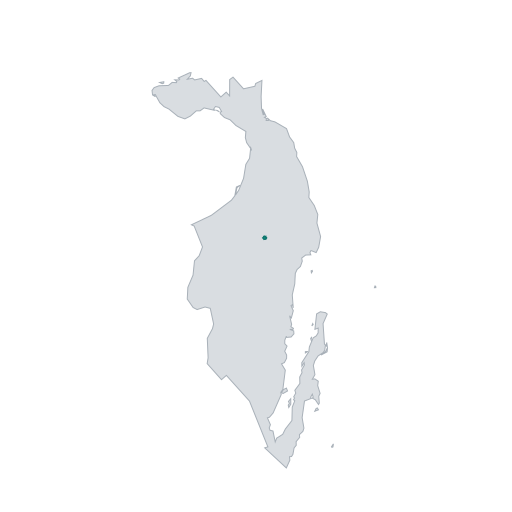 location of Villa González Ortega, Zacatecas, Mexico, rotated 228°
{"feature_id": "50627088B17706394506285", "entity_name": "Villa González Ortega", "entity_type": "district", "adm_level": 2, "iso_a3": "MEX", "parent_name": "Mexico", "parent_adm1": "Zacatecas", "projection": "mercator", "projection_center": [-101.992, 22.544], "detail": "fine", "context": "in_parent", "style": "filled", "palette": "teal", "viewbox_px": 512, "rotation_deg": 228, "n_neighbors": 0, "source": "geoboundaries", "source_scale": "gbopen_adm2", "svg_char_len": 4547}
<svg xmlns="http://www.w3.org/2000/svg" viewBox="0 0 512 512"><g transform="rotate(228 256 256)"><path d="M78.2,136.7L107.6,134.1L106.2,137.1L152.6,154.1L187.1,154.1L187.2,147.6L208.7,147.7L212.4,152.3L227.4,164.7L231.1,175.0L233.8,179.0L247.7,187.0L252.2,184.0L255.6,176.4L259.8,174.8L270.0,176.1L278.3,184.4L283.9,196.4L293.6,207.1L294.2,213.9L298.5,222.3L319.6,230.1L322.4,228.9L316.1,250.1L313.9,275.1L314.9,280.5L320.4,287.6L319.2,291.4L319.5,287.6L315.0,281.5L316.4,287.1L322.0,298.7L330.9,309.8L332.9,316.6L339.2,323.6L337.4,323.4L341.0,325.0L339.9,324.0L346.5,324.9L351.1,327.3L355.3,331.8L366.4,328.4L374.5,327.9L380.0,325.2L385.7,324.7L386.8,325.7L386.4,327.1L391.0,328.1L394.2,325.9L393.4,322.3L391.8,323.2L392.2,322.5L400.8,316.5L401.3,311.6L403.8,308.8L403.9,300.8L405.5,294.9L412.0,291.4L423.5,289.6L428.5,287.6L434.2,287.1L443.4,289.2L444.2,287.9L441.7,287.8L444.9,286.9L448.6,289.5L449.3,293.0L447.4,297.8L441.3,305.1L441.1,309.9L438.1,312.8L438.6,313.9L441.3,313.5L438.4,316.5L438.5,317.7L440.3,317.3L436.6,329.3L435.7,330.4L433.8,327.7L433.3,323.2L430.6,327.8L427.9,328.2L424.4,334.4L420.4,334.3L420.0,336.3L397.7,336.3L397.7,343.5L392.6,343.5L404.7,354.5L404.3,358.6L388.6,358.6L382.9,368.7L384.4,371.2L382.5,377.9L371.1,366.5L361.9,358.8L356.3,355.9L355.7,356.6L360.9,359.3L352.8,356.9L353.4,355.1L351.2,355.8L349.9,354.2L348.4,356.0L351.1,356.8L347.0,357.2L343.0,359.8L330.2,363.9L322.0,360.6L315.0,359.9L310.3,356.9L305.6,355.6L302.7,352.7L291.3,350.3L277.2,344.2L268.0,338.4L264.1,334.4L254.6,333.1L245.5,329.7L239.7,323.3L227.2,317.0L220.5,308.4L218.3,303.0L223.3,300.5L222.4,298.3L220.2,297.5L223.5,293.5L223.9,288.6L221.2,286.9L218.5,282.0L218.5,277.6L216.8,273.6L209.3,266.1L202.8,256.9L192.6,249.0L195.5,250.5L195.7,248.8L190.4,247.1L186.3,240.8L189.1,241.0L181.3,236.7L180.1,234.6L177.2,235.4L176.7,234.4L178.9,232.0L175.1,233.9L172.8,232.1L172.3,227.9L175.1,224.2L176.1,224.9L174.2,221.1L171.6,218.7L168.3,218.8L166.0,213.6L161.9,212.5L159.5,210.3L157.8,205.7L158.8,202.8L151.6,201.4L138.9,186.7L138.1,183.2L136.2,182.1L127.9,163.7L127.2,158.1L128.1,156.2L121.0,153.8L119.4,150.8L117.1,149.8L114.6,151.5L105.0,145.9L106.8,149.5L105.6,156.5L107.8,162.1L109.7,172.6L119.4,181.8L122.5,188.0L124.0,187.7L124.7,189.6L126.1,189.8L127.5,193.8L130.2,195.0L131.9,203.3L136.8,207.5L138.5,212.1L140.8,213.6L142.6,219.1L144.5,220.4L143.4,216.3L146.1,218.7L149.5,231.2L152.7,234.8L156.9,243.7L156.3,247.4L157.3,250.7L160.8,254.0L162.1,250.7L172.4,262.3L171.5,266.5L167.5,269.7L165.2,270.1L160.9,260.6L144.7,247.9L143.3,248.0L140.0,244.0L139.3,241.3L140.2,235.3L138.7,229.5L136.3,225.4L128.4,220.4L126.7,215.4L125.3,217.5L121.3,218.5L118.4,215.1L111.0,211.7L109.8,208.8L104.3,204.6L103.8,203.1L109.5,203.9L112.8,202.7L112.7,204.0L115.6,205.4L114.5,202.0L113.2,201.8L115.8,195.0L105.0,182.1L96.0,176.4L94.3,173.5L94.2,168.7L92.0,167.1L91.2,161.6L88.4,159.2L87.9,155.9L83.9,150.7L83.2,148.2L84.4,146.6L81.6,144.5L78.2,136.7ZM138.4,186.9L137.5,190.2L134.6,189.1L135.7,184.1L137.4,183.6L138.4,186.9ZM126.7,186.3L122.6,182.7L121.5,179.0L123.6,180.2L124.1,182.2L126.2,182.8L126.7,186.3ZM447.2,304.1L446.2,303.1L446.7,301.7L449.4,300.5L447.2,304.1ZM140.2,248.0L137.2,244.7L138.9,238.0L138.5,244.0L140.2,248.0ZM102.1,199.9L99.9,199.5L101.3,195.8L102.4,198.5L102.1,199.9ZM64.6,187.8L62.6,185.4L63.0,184.4L63.7,184.4L64.6,187.8ZM142.6,248.1L144.4,250.7L140.7,248.2L142.6,248.1ZM208.1,287.0L207.7,288.1L206.8,287.7L206.4,285.9L208.1,287.0ZM158.0,241.3L158.7,243.3L156.8,240.8L158.0,241.3ZM150.9,227.8L151.9,228.7L150.4,230.6L150.9,227.8ZM154.1,324.4L153.4,324.7L152.3,323.9L153.2,322.8L154.1,324.4ZM389.6,324.8L387.6,325.2L391.0,324.1L389.6,324.8ZM167.8,252.9L166.8,252.6L166.7,250.7L167.8,252.9Z" fill="#d9dde1" stroke="#a8b0b8" stroke-width="1"/><path d="M263.7,273.3L263.6,273.2L263.4,273.2L263.1,273.1L263.0,273.3L262.9,273.4L262.9,273.5L262.7,273.7L262.7,273.8L262.7,274.0L262.4,274.1L262.3,274.3L262.2,274.3L262.1,274.5L262.3,274.6L262.5,274.7L262.5,274.8L262.6,275.0L262.6,275.3L262.4,275.3L262.2,275.4L262.2,275.5L262.3,275.6L262.4,275.8L262.5,275.9L262.5,276.0L262.8,276.1L262.9,275.9L263.0,275.9L263.3,275.8L263.3,275.6L263.5,275.6L263.8,275.6L264.1,275.7L264.3,275.7L264.5,275.6L264.5,275.8L264.6,275.7L264.8,275.6L264.8,275.4L265.0,275.3L265.2,275.5L265.3,275.6L265.6,275.7L265.1,275.3L265.2,275.1L265.2,274.9L265.3,274.8L265.3,274.7L265.2,274.6L264.7,274.4L264.7,274.1L264.8,274.0L264.8,273.9L264.8,273.6L264.9,273.4L264.9,273.2L264.7,273.2L263.8,273.3L263.7,273.3Z" fill="#14b8a6" stroke="#0f766e" stroke-width="1.5"/></g></svg>